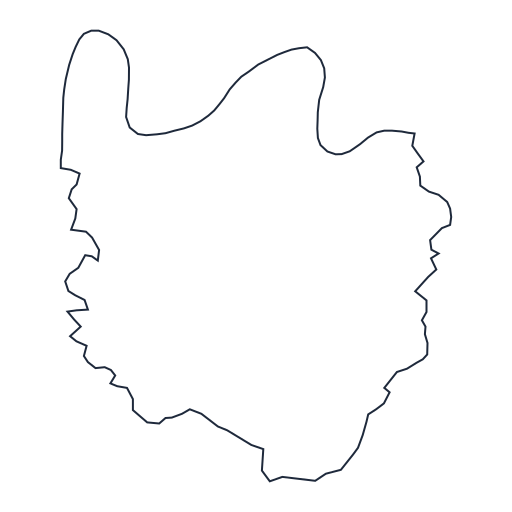 Rio dos Índios, Rio Grande do Sul, Brazil (Natural Earth projection)
{"feature_id": "56859067B40054985686556", "entity_name": "Rio dos Índios", "entity_type": "district", "adm_level": 2, "iso_a3": "BRA", "parent_name": "Brazil", "parent_adm1": "Rio Grande do Sul", "projection": "natural_earth1", "projection_center": [-52.887, -27.252], "detail": "fine", "context": "isolated", "style": "outline", "palette": "slate", "viewbox_px": 512, "rotation_deg": 0, "n_neighbors": 0, "source": "geoboundaries", "source_scale": "gbopen_adm2", "svg_char_len": 2083}
<svg xmlns="http://www.w3.org/2000/svg" viewBox="0 0 512 512"><path d="M60.8,168.1L70.8,169.8L79.6,173.6L76.6,184.5L71.7,189.3L68.8,198.2L76.6,209.1L75.3,218.5L71.1,229.7L86.0,231.7L92.1,237.6L99.1,250.0L97.8,260.6L91.8,256.3L85.2,255.2L78.3,267.8L69.7,273.8L65.2,281.4L68.4,291.0L75.1,295.2L84.6,300.0L87.9,309.6L76.6,310.3L67.5,311.6L74.1,319.5L80.7,326.6L70.1,336.2L76.4,341.3L86.6,345.8L83.9,356.0L87.9,362.1L95.5,368.1L104.7,367.2L110.9,370.0L115.2,375.5L110.4,383.4L117.2,386.2L127.0,387.9L132.9,399.1L132.9,410.1L147.2,422.4L159.2,423.5L165.5,418.0L171.8,417.6L182.0,413.8L189.8,409.3L201.4,413.8L217.9,426.5L227.2,430.3L251.4,445.0L263.3,449.1L261.9,470.6L269.8,481.3L282.3,476.9L315.2,480.8L325.9,473.7L340.9,469.8L353.0,454.6L358.0,447.8L362.7,435.1L366.5,421.7L368.2,414.4L376.1,409.3L383.9,403.4L389.6,392.3L384.3,387.9L396.9,372.0L407.0,368.7L416.5,362.8L422.8,359.3L427.2,354.5L427.5,343.0L424.9,334.2L425.5,326.6L421.9,320.3L426.5,312.0L426.5,300.4L415.2,291.3L428.2,276.9L436.3,269.5L431.0,258.3L438.6,253.5L431.4,249.7L430.1,240.1L441.9,228.1L450.1,224.9L451.2,217.0L450.1,208.6L447.2,202.0L438.6,194.8L428.9,191.6L420.3,185.6L419.9,176.6L416.7,167.3L423.5,161.4L417.6,153.3L412.3,145.8L414.6,133.5L408.5,132.8L401.6,131.5L392.3,130.7L384.1,130.7L376.6,132.4L368.0,137.6L360.0,144.2L349.7,151.3L341.7,154.1L335.6,154.3L327.4,151.5L320.5,145.1L317.9,138.0L317.3,128.7L317.6,120.5L317.8,112.2L319.2,99.8L323.2,87.1L324.9,77.5L324.2,68.3L320.9,60.1L315.0,52.9L307.1,47.3L299.1,48.2L291.5,49.6L284.4,52.1L277.2,54.9L258.3,64.5L248.8,71.6L241.3,76.7L235.6,82.6L229.7,89.4L224.1,98.2L219.5,104.1L214.2,110.5L208.3,115.7L200.4,121.3L192.1,125.6L183.9,128.4L174.4,130.7L165.5,133.2L157.0,134.3L146.1,135.2L137.9,134.0L129.7,127.5L126.1,117.0L126.7,107.8L127.6,99.3L128.3,87.9L128.9,79.8L129.0,67.6L127.8,59.2L123.7,49.3L116.5,40.2L108.3,34.3L98.8,30.7L91.2,30.7L83.9,33.8L79.3,39.4L75.7,46.8L72.7,54.1L69.2,64.8L65.8,79.0L64.2,89.4L63.3,97.8L62.9,112.0L62.5,123.6L62.2,134.0L62.2,141.9L62.1,150.6L60.8,159.7L60.8,168.1Z" fill="none" stroke="#1e293b" stroke-width="2"/></svg>